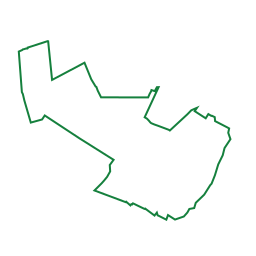 Savinesti, Neamt, Romania, rotated 262°
{"feature_id": "2599482B38400448964387", "entity_name": "Savinesti", "entity_type": "district", "adm_level": 2, "iso_a3": "ROU", "parent_name": "Romania", "parent_adm1": "Neamt", "projection": "mercator", "projection_center": [26.487, 46.871], "detail": "fine", "context": "isolated", "style": "outline", "palette": "green", "viewbox_px": 256, "rotation_deg": 262, "n_neighbors": 0, "source": "geoboundaries", "source_scale": "gbopen_adm2", "svg_char_len": 1333}
<svg xmlns="http://www.w3.org/2000/svg" viewBox="0 0 256 256"><g transform="rotate(262 128 128)"><path d="M113.5,228.1L115.0,226.1L122.7,215.2L126.7,215.4L128.5,212.7L128.4,212.2L130.6,209.5L126.8,206.3L135.4,196.4L138.4,199.1L137.5,195.8L136.7,193.1L133.3,188.7L119.7,169.1L119.8,169.0L120.5,168.2L126.1,157.9L127.8,154.6L129.6,151.6L130.4,150.9L132.5,149.6L134.6,148.1L136.3,146.0L164.2,164.0L164.4,162.3L160.8,159.6L162.3,156.5L161.0,155.9L158.8,154.2L155.5,152.2L162.1,105.6L169.3,103.2L173.1,102.4L173.6,101.7L181.3,98.4L198.7,94.0L186.2,59.5L225.0,61.0L225.2,60.5L221.6,39.9L221.1,39.9L220.7,39.5L220.7,39.1L220.9,38.1L220.5,35.7L220.5,34.9L219.9,34.0L218.9,30.5L178.3,27.9L176.2,28.6L169.6,29.2L146.9,32.5L148.4,44.1L152.0,47.3L124.6,78.4L98.5,109.3L93.9,104.8L87.5,104.3L82.5,100.5L79.1,96.8L76.9,94.2L70.8,86.1L55.7,113.9L54.8,115.6L55.2,116.0L53.1,117.8L51.0,119.6L52.1,120.7L51.7,121.4L52.7,122.4L51.0,125.0L50.9,125.1L45.7,132.9L45.4,133.6L45.7,133.9L37.6,142.1L38.6,143.0L39.3,143.9L40.1,144.7L40.2,144.8L39.5,144.9L38.8,145.0L37.4,145.2L36.5,146.6L31.9,153.2L36.2,155.5L32.6,159.7L30.8,161.8L32.6,171.0L36.0,175.0L39.3,177.5L39.5,182.4L44.5,184.7L51.4,194.2L60.0,201.5L61.2,203.0L69.1,207.5L79.4,212.3L87.8,218.0L94.7,220.8L102.7,227.9L109.3,226.6L113.5,228.1Z" fill="none" stroke="#15803d" stroke-width="2"/></g></svg>